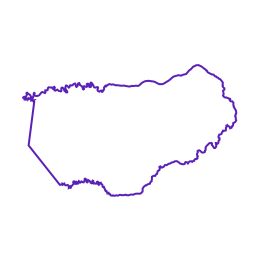 the district of Tame, Arauca, Colombia, rotated 185°
{"feature_id": "7082276B91596510708856", "entity_name": "Tame", "entity_type": "district", "adm_level": 2, "iso_a3": "COL", "parent_name": "Colombia", "parent_adm1": "Arauca", "projection": "natural_earth1", "projection_center": [-71.956, 6.385], "detail": "fine", "context": "isolated", "style": "outline", "palette": "violet", "viewbox_px": 256, "rotation_deg": 185, "n_neighbors": 0, "source": "geoboundaries", "source_scale": "gbopen_adm2", "svg_char_len": 5820}
<svg xmlns="http://www.w3.org/2000/svg" viewBox="0 0 256 256"><g transform="rotate(185 128 128)"><path d="M26.2,136.6L24.8,137.4L24.7,138.6L24.3,138.7L23.6,139.7L23.6,142.1L22.8,142.4L22.3,143.0L21.7,143.3L20.9,144.9L21.4,146.2L21.7,148.4L22.1,148.7L22.3,149.5L22.1,150.4L21.7,150.8L21.8,151.6L21.6,151.8L21.5,152.6L21.9,154.4L22.5,155.7L23.7,156.9L23.8,157.6L24.7,158.6L24.5,159.1L25.1,160.4L25.2,162.4L26.3,163.6L27.9,163.5L28.5,163.9L29.1,164.7L28.6,165.3L28.8,165.9L29.8,165.9L30.3,166.4L31.4,166.5L32.5,167.0L33.4,166.8L34.5,167.0L35.8,168.0L36.2,168.7L35.8,169.3L35.7,170.4L36.6,173.4L35.4,174.5L35.4,175.9L36.8,176.9L37.5,178.2L37.2,178.6L37.6,180.0L37.4,180.8L37.6,181.7L40.3,184.6L41.4,184.8L42.7,185.9L43.7,186.1L44.7,187.0L45.7,187.0L47.5,188.6L49.6,188.8L52.9,190.2L53.7,190.7L54.4,191.9L54.6,191.8L55.4,192.3L55.8,193.1L57.0,193.6L60.0,195.6L63.2,196.8L65.7,196.4L66.9,195.5L68.4,194.8L70.5,192.0L72.0,190.8L74.8,186.8L78.0,185.8L79.6,184.8L82.4,185.0L87.3,183.1L91.3,179.0L96.0,175.5L97.6,174.7L100.8,174.4L106.0,176.5L111.7,176.8L114.7,176.2L116.3,175.4L118.3,174.0L120.7,171.3L122.0,170.7L123.6,170.9L125.9,170.3L127.9,170.3L129.4,169.6L130.8,169.4L136.2,169.9L138.2,169.5L142.9,169.7L143.9,169.4L146.2,170.1L147.7,170.0L148.3,169.7L150.4,170.1L151.1,169.8L152.6,168.4L153.4,168.5L153.5,167.6L154.5,167.7L154.7,167.0L155.4,166.4L155.2,164.6L155.7,163.4L156.9,163.1L156.4,162.1L156.7,161.8L157.3,161.8L157.8,162.7L158.8,162.7L159.7,161.7L161.1,162.2L161.8,163.3L161.3,165.1L161.4,165.8L162.0,166.1L164.2,165.4L165.1,165.5L165.6,166.0L166.5,167.9L168.3,169.9L168.9,170.0L169.4,169.2L169.1,168.1L168.3,167.0L168.5,165.9L169.3,165.4L170.0,165.5L170.6,166.5L170.9,167.9L171.6,168.6L172.4,168.6L172.9,168.1L172.4,166.7L172.4,165.8L172.7,165.4L173.6,165.3L175.1,165.9L176.1,165.4L176.0,164.7L175.1,163.2L175.3,162.8L175.8,162.5L176.4,162.9L176.6,164.1L177.7,165.6L179.8,166.8L180.0,167.8L180.5,168.5L181.6,168.0L182.0,165.3L182.9,164.4L183.6,165.0L183.9,166.8L184.6,167.7L186.2,166.9L186.6,166.1L187.7,165.4L188.6,165.6L189.4,165.5L189.9,163.5L190.4,163.1L192.6,164.9L193.5,164.9L193.9,163.4L193.7,161.6L191.7,159.0L191.6,158.4L191.8,158.1L192.7,158.1L193.9,159.2L194.4,159.3L195.8,161.9L197.0,162.6L197.7,162.3L197.9,161.3L197.6,159.4L197.8,158.8L198.3,158.6L200.1,158.9L201.8,160.1L203.5,158.9L204.5,159.1L204.7,160.1L204.4,161.9L205.0,162.6L205.4,162.4L205.5,161.0L206.0,160.4L206.4,160.5L207.4,161.8L209.3,161.5L210.5,161.7L211.3,160.8L211.3,159.2L211.5,158.6L213.7,158.3L213.7,157.5L213.3,156.4L213.7,155.6L216.5,156.4L217.4,155.8L219.2,153.0L220.3,152.3L222.2,151.8L223.9,152.3L224.2,153.4L224.0,154.5L224.6,154.8L224.9,154.4L224.9,151.5L225.2,151.1L225.2,150.0L225.8,149.6L227.5,150.6L228.0,151.9L228.7,152.6L230.2,153.3L231.6,154.4L232.2,153.9L231.6,152.3L232.1,150.9L233.0,150.2L234.3,150.0L235.1,149.3L234.7,148.5L233.5,148.2L233.4,147.4L233.0,147.5L233.0,148.3L232.4,147.7L232.2,148.0L232.5,148.2L232.0,148.8L231.8,148.6L232.1,148.1L231.5,147.7L231.6,148.1L230.4,148.2L230.1,148.7L229.6,148.0L229.2,148.4L228.8,148.4L229.0,148.8L227.7,148.6L227.7,149.1L226.9,149.1L226.9,147.9L226.5,148.3L226.1,147.9L226.1,147.6L226.3,147.7L226.4,147.0L225.4,147.2L225.4,146.9L225.1,147.5L224.9,147.2L224.5,147.3L224.9,146.9L224.7,146.4L224.2,146.1L224.1,146.6L223.8,146.4L224.0,145.8L223.7,145.7L225.5,102.0L190.9,65.4L189.7,66.0L188.2,65.6L188.1,66.0L188.3,66.8L187.4,66.5L186.6,67.1L185.9,65.8L184.8,65.4L183.1,66.0L182.7,65.8L181.9,64.6L181.8,63.5L180.9,64.6L180.3,63.3L180.0,63.3L179.7,63.7L179.6,65.2L178.4,65.9L177.9,67.1L176.9,67.9L177.0,68.4L177.9,69.3L177.5,70.1L177.1,70.2L176.5,69.8L176.1,68.2L175.7,67.7L175.1,67.8L175.3,69.6L175.0,70.0L174.4,69.8L173.7,68.2L173.2,68.1L172.9,68.3L172.3,70.8L172.0,70.6L171.5,69.6L171.0,69.3L170.6,69.5L169.8,70.7L167.9,69.9L167.4,70.0L166.8,71.3L166.7,73.6L166.1,73.8L165.6,73.5L164.8,71.9L164.7,70.8L164.0,70.2L163.5,70.5L163.5,72.4L163.3,72.8L161.6,71.9L160.6,70.4L159.6,69.7L159.2,69.8L158.9,70.4L159.0,71.9L158.6,72.5L157.9,72.1L157.6,70.8L157.7,69.9L157.2,69.6L156.4,69.9L155.0,69.7L154.5,70.4L154.2,71.6L153.5,71.9L152.6,71.2L152.8,69.3L152.1,68.8L151.6,69.2L150.9,71.0L150.3,71.1L150.1,70.5L148.6,69.2L148.2,67.3L147.7,67.0L146.9,67.3L146.5,66.7L146.4,65.9L145.6,65.0L145.4,64.1L144.7,63.2L144.0,63.4L143.4,62.1L142.6,61.7L141.8,61.8L141.8,61.2L142.1,60.9L140.3,60.7L139.9,59.8L138.9,59.2L138.3,59.4L137.5,59.2L137.0,59.6L135.4,59.3L133.9,59.9L132.3,59.7L130.1,60.8L128.5,60.5L125.8,60.8L124.3,61.4L123.6,61.0L122.0,60.9L119.2,62.0L116.7,62.0L116.1,62.6L114.2,63.3L109.9,63.7L108.2,65.6L107.9,66.5L108.2,68.8L107.1,70.9L105.4,72.5L104.7,72.4L103.6,73.6L101.3,74.4L101.2,75.6L99.8,77.0L100.0,77.8L99.7,78.5L99.9,81.6L98.3,82.6L96.6,82.7L96.1,84.2L95.0,84.9L94.7,87.6L93.2,88.6L93.3,89.0L92.9,89.5L92.8,91.1L93.3,91.6L93.2,92.2L92.2,92.6L91.5,91.6L90.7,91.5L89.0,92.5L88.0,94.3L86.2,94.4L84.4,95.9L82.9,96.3L82.3,96.7L82.0,97.2L79.1,98.2L78.8,98.7L78.0,99.0L76.3,99.2L74.2,98.1L73.2,97.2L69.9,96.6L68.5,97.1L67.9,98.9L67.5,99.1L66.4,99.0L65.2,97.9L64.3,99.5L63.4,100.2L61.5,100.4L61.1,99.9L60.3,100.6L59.2,101.1L59.3,101.7L58.1,103.1L57.0,103.0L56.1,103.9L56.5,105.0L56.4,105.7L56.0,106.0L57.0,107.5L56.9,108.6L56.4,109.6L56.7,111.2L55.4,112.0L54.0,111.5L53.5,110.9L51.7,109.9L49.5,110.6L49.3,111.0L49.4,112.2L48.8,112.9L48.8,114.2L49.1,114.8L48.5,116.5L45.8,119.8L45.3,120.1L44.2,120.1L43.4,120.4L42.9,119.8L43.0,118.4L41.6,117.2L40.8,115.8L39.9,115.5L39.3,115.8L38.7,116.9L38.5,117.9L39.2,120.7L38.5,120.7L37.7,120.0L37.2,120.3L36.6,121.4L36.7,122.8L36.3,123.7L35.8,124.1L36.0,124.7L35.8,125.7L36.9,126.2L37.1,127.3L36.6,129.3L35.0,129.8L34.3,130.3L34.2,131.3L33.7,132.4L32.8,133.1L33.0,133.6L30.5,133.9L30.3,134.5L30.5,136.9L29.9,137.8L30.2,138.9L29.6,139.1L29.3,139.5L28.6,138.7L27.0,138.2L26.2,136.6Z" fill="none" stroke="#5b21b6" stroke-width="2"/></g></svg>